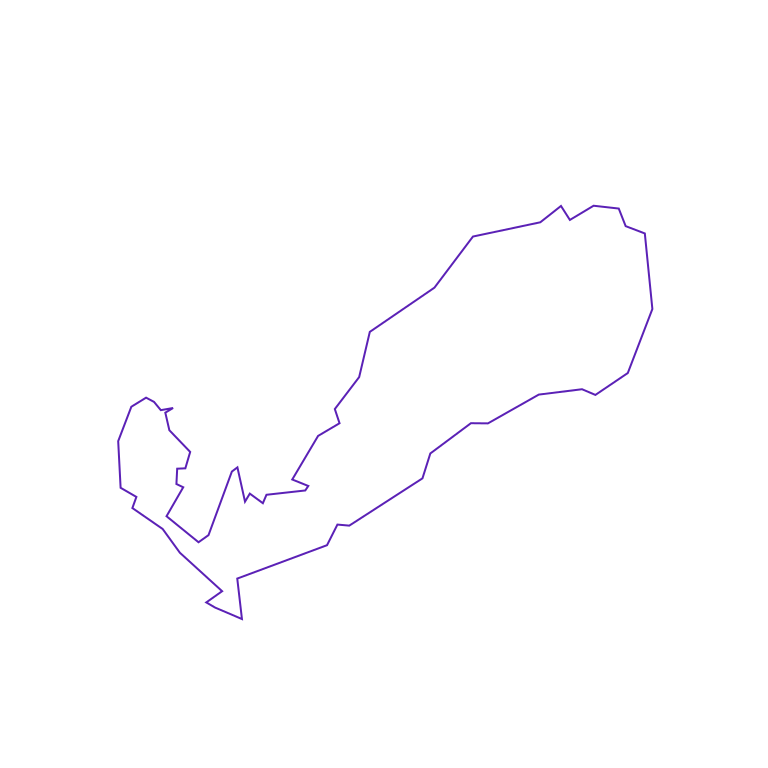 the district of Butel, Butel, North Macedonia, rotated 37°
{"feature_id": "65306769B57074060571114", "entity_name": "Butel", "entity_type": "district", "adm_level": 2, "iso_a3": "MKD", "parent_name": "North Macedonia", "parent_adm1": "Butel", "projection": "equal_earth", "projection_center": [21.445, 42.087], "detail": "fine", "context": "isolated", "style": "outline", "palette": "violet", "viewbox_px": 768, "rotation_deg": 37, "n_neighbors": 0, "source": "geoboundaries", "source_scale": "gbopen_adm2", "svg_char_len": 909}
<svg xmlns="http://www.w3.org/2000/svg" viewBox="0 0 768 768"><g transform="rotate(37 384 384)"><path d="M501.7,106.8L482.0,112.5L465.9,102.6L444.1,115.5L433.7,141.1L418.2,135.3L411.5,160.8L366.3,212.7L366.3,276.7L341.3,350.9L360.0,393.4L359.8,433.6L372.1,442.1L362.6,465.1L368.2,515.5L384.9,511.0L385.2,516.4L356.8,543.2L359.0,552.1L342.8,552.3L343.8,561.6L317.1,538.8L315.2,545.5L334.8,610.3L331.1,622.0L289.9,620.5L285.8,587.3L278.4,588.8L269.8,576.1L276.1,570.9L270.1,554.9L240.4,550.1L226.6,538.5L230.0,530.1L221.5,539.2L211.1,536.7L202.2,538.1L195.9,554.2L206.1,589.6L236.1,625.4L254.2,623.2L257.7,634.5L294.5,633.0L322.5,641.6L379.4,646.9L373.5,665.4L383.7,664.2L412.0,657.2L383.9,627.7L435.5,547.0L431.4,524.3L441.5,518.0L471.5,436.2L462.8,411.6L477.0,363.0L490.7,352.9L514.0,299.3L545.3,269.0L559.4,265.5L572.1,228.5L553.2,162.6L501.7,106.8Z" fill="none" stroke="#5b21b6" stroke-width="2"/></g></svg>